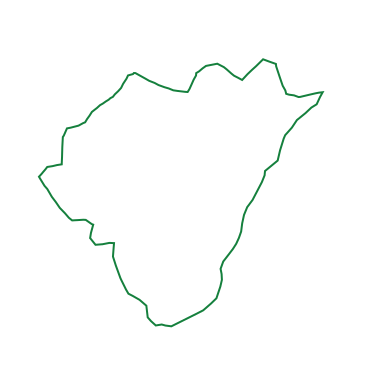 the district of Al-Hamdaniya, Ninawa, Iraq, rotated 349°
{"feature_id": "34846034B85609080446552", "entity_name": "Al-Hamdaniya", "entity_type": "district", "adm_level": 2, "iso_a3": "IRQ", "parent_name": "Iraq", "parent_adm1": "Ninawa", "projection": "robinson", "projection_center": [43.429, 36.19], "detail": "fine", "context": "isolated", "style": "outline", "palette": "green", "viewbox_px": 384, "rotation_deg": 349, "n_neighbors": 0, "source": "geoboundaries", "source_scale": "gbopen_adm2", "svg_char_len": 1946}
<svg xmlns="http://www.w3.org/2000/svg" viewBox="0 0 384 384"><g transform="rotate(349 192 192)"><path d="M222.0,74.9L218.8,76.1L218.2,78.4L215.1,82.0L212.1,86.3L209.2,90.4L206.8,93.0L204.5,92.4L197.0,90.0L193.0,88.6L188.9,85.9L185.0,83.9L179.5,80.6L176.1,77.8L171.2,74.7L167.5,71.5L163.1,67.8L159.2,64.5L157.7,64.1L156.5,65.0L153.3,65.2L151.4,65.4L149.4,68.2L145.0,72.7L142.3,76.3L138.7,79.0L134.9,81.4L132.5,83.5L129.8,84.3L127.8,85.5L124.6,86.7L121.3,88.2L118.3,89.2L114.7,91.4L112.7,92.4L109.0,94.3L106.0,97.5L102.9,100.4L100.4,103.2L98.3,103.6L93.3,105.2L85.2,105.7L82.4,105.7L81.4,105.7L76.9,112.2L75.7,113.4L73.3,123.0L71.1,132.9L69.8,138.2L69.4,140.0L64.7,139.8L60.1,140.0L54.7,139.8L52.3,141.9L49.0,144.5L48.6,144.9L46.5,146.5L44.7,147.8L45.7,150.6L48.4,157.8L50.5,161.4L53.5,170.0L56.4,175.9L59.2,182.4L63.3,188.7L66.2,193.8L68.9,197.0L74.6,197.8L80.0,198.5L82.4,199.1L87.5,204.4L88.8,205.2L85.0,212.9L83.2,217.8L87.2,225.4L94.2,226.2L101.2,226.2L105.7,227.3L104.1,233.0L102.1,240.3L103.2,249.6L105.3,262.9L105.8,264.9L108.6,275.1L110.2,279.7L114.0,282.7L119.9,287.8L125.5,294.9L124.6,306.6L127.1,310.9L131.0,316.1L137.0,316.3L140.4,318.0L146.1,319.9L152.6,318.1L172.8,312.5L180.4,310.3L189.4,305.1L195.7,301.0L201.8,290.2L204.6,283.9L205.4,278.2L205.4,272.9L209.4,266.2L215.8,260.6L221.2,255.8L225.5,251.3L229.3,246.0L232.7,240.2L235.3,232.3L238.7,224.4L243.3,217.4L249.9,211.4L262.5,195.6L266.5,189.4L266.9,187.9L267.7,185.3L282.1,177.5L286.4,167.9L292.2,157.1L294.3,154.0L302.3,147.9L308.7,141.4L318.5,136.2L325.3,131.9L331.1,129.7L335.8,123.2L339.3,119.0L335.6,118.7L332.1,118.7L326.0,118.9L316.2,119.3L314.7,119.1L310.6,116.6L305.9,115.0L303.2,113.6L303.0,110.1L301.3,105.0L300.1,96.3L298.6,84.7L298.8,82.3L292.5,78.6L287.1,75.3L278.8,80.8L274.3,83.5L269.0,86.9L262.6,91.6L258.7,88.4L255.5,85.9L253.3,83.3L249.4,78.2L247.1,75.5L241.3,70.9L229.8,70.9L225.9,72.7L222.0,74.9Z" fill="none" stroke="#15803d" stroke-width="2"/></g></svg>